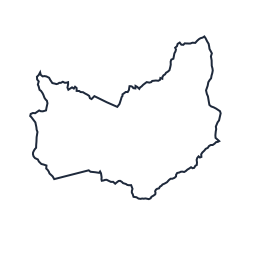 Presidente Kennedy, Tocantins, Brazil (Natural Earth projection), rotated 347°
{"feature_id": "56859067B50751334573389", "entity_name": "Presidente Kennedy", "entity_type": "district", "adm_level": 2, "iso_a3": "BRA", "parent_name": "Brazil", "parent_adm1": "Tocantins", "projection": "natural_earth1", "projection_center": [-48.462, -8.464], "detail": "fine", "context": "isolated", "style": "outline", "palette": "slate", "viewbox_px": 256, "rotation_deg": 347, "n_neighbors": 0, "source": "geoboundaries", "source_scale": "gbopen_adm2", "svg_char_len": 3205}
<svg xmlns="http://www.w3.org/2000/svg" viewBox="0 0 256 256"><g transform="rotate(347 128 128)"><path d="M46.7,92.0L45.4,90.9L40.9,92.7L38.7,92.0L36.4,92.4L35.4,94.3L36.4,95.9L37.9,99.3L39.0,101.7L38.9,106.6L38.6,109.1L38.9,111.5L36.9,116.4L35.7,120.8L34.7,123.9L34.0,126.6L32.8,127.4L31.5,128.6L30.0,130.5L29.5,132.1L29.6,134.4L30.6,136.4L33.1,138.4L33.6,140.6L35.5,143.6L37.5,144.6L40.1,146.2L39.2,149.1L40.3,150.8L41.0,152.7L41.3,154.7L42.7,156.7L43.7,158.2L44.6,161.2L80.2,160.4L81.6,162.2L84.3,163.1L86.3,163.8L89.8,165.2L91.0,164.1L91.5,166.1L91.2,170.1L90.6,171.9L90.6,173.5L92.4,173.6L94.1,173.4L95.6,173.7L97.5,175.3L99.3,176.7L101.4,177.1L103.0,179.4L104.5,178.6L106.9,177.5L108.4,177.7L109.8,179.0L110.8,180.6L113.4,182.1L114.5,183.3L115.8,183.9L118.2,184.4L118.7,188.3L117.6,190.2L117.2,191.9L117.7,193.5L117.9,196.3L120.7,197.4L122.3,199.1L124.4,199.9L125.9,199.9L127.3,200.4L129.3,200.6L132.3,202.0L134.2,201.6L135.4,200.3L137.4,199.7L139.6,198.8L140.2,197.4L140.2,195.7L141.3,194.4L142.7,193.8L144.6,193.8L146.0,192.3L147.6,191.8L148.9,190.8L151.1,190.4L153.8,189.6L156.2,187.9L158.1,187.0L159.8,187.4L162.1,187.0L163.9,186.0L164.4,184.3L165.8,182.9L168.0,182.9L169.7,182.5L171.4,182.8L172.8,183.5L174.5,183.0L176.5,181.9L178.7,181.2L180.6,180.4L181.8,181.7L183.5,181.7L185.2,179.9L186.7,179.5L187.5,177.0L187.7,174.5L188.8,172.7L190.4,171.5L191.4,172.9L193.0,172.7L193.4,170.1L194.9,168.6L197.3,167.2L199.0,165.8L201.3,165.3L202.7,163.9L204.7,163.2L206.7,163.6L208.9,162.7L210.6,161.6L212.5,161.7L213.9,161.3L211.1,157.3L211.5,154.8L212.7,151.2L213.7,148.9L213.9,146.4L216.6,142.6L218.4,141.1L219.9,138.0L221.6,134.5L221.4,132.3L218.3,129.0L216.1,127.1L213.9,125.7L212.5,123.8L212.7,120.0L213.0,115.2L212.5,112.5L212.5,108.9L215.1,104.8L216.6,101.4L218.4,99.6L220.1,98.3L221.2,95.7L222.4,93.6L223.5,91.1L223.7,88.9L223.6,86.2L224.7,80.9L224.9,76.9L226.5,74.1L225.2,69.3L225.4,67.0L225.5,64.1L224.6,61.4L223.8,58.0L223.0,56.0L221.1,56.7L218.9,56.8L217.1,57.4L215.1,58.5L212.7,60.2L210.0,59.4L207.6,59.7L204.8,59.0L202.3,58.3L200.6,59.4L198.7,58.8L197.6,56.4L195.3,57.2L194.1,59.3L192.0,60.4L192.4,62.3L191.5,64.0L190.0,65.7L187.8,70.7L185.6,71.1L184.5,72.9L183.9,75.9L182.9,78.1L181.4,81.0L179.4,82.1L177.5,82.7L176.1,84.1L174.5,84.6L173.1,85.9L172.5,87.7L170.8,86.6L170.1,88.2L168.2,88.8L165.8,88.0L162.2,87.6L160.9,88.5L159.1,88.6L156.5,87.5L152.5,89.3L150.5,90.6L148.9,91.2L147.8,92.4L146.3,90.1L144.8,88.7L144.1,91.1L142.2,90.4L141.6,88.9L140.4,88.0L138.9,87.6L138.2,89.2L137.5,91.1L135.8,92.9L133.9,92.4L131.9,93.3L130.2,94.0L129.8,95.6L128.7,96.5L127.8,98.2L125.1,102.7L122.3,105.0L113.2,98.2L102.4,89.4L99.0,91.6L97.6,90.4L97.4,88.0L95.9,86.4L93.9,84.7L92.2,83.0L89.9,82.3L88.8,81.0L86.3,80.3L86.9,77.5L85.7,75.9L84.1,77.4L82.6,75.8L78.5,77.3L78.1,75.0L79.5,71.9L79.9,69.9L77.9,70.0L76.4,69.6L74.9,68.3L72.7,68.9L71.2,68.5L69.6,69.1L68.1,69.1L66.7,68.3L64.4,67.2L63.1,63.8L62.4,61.3L60.1,59.4L58.2,58.6L56.4,58.5L54.9,56.5L54.9,54.0L52.8,56.4L50.8,57.6L50.4,60.3L51.5,62.5L49.9,65.5L50.3,67.2L50.4,70.9L51.6,72.3L52.6,74.9L53.0,76.7L53.4,79.8L54.2,81.8L55.1,83.2L55.1,85.8L53.1,90.0L52.1,92.4L50.6,92.5L48.8,92.6L46.7,92.0Z" fill="none" stroke="#1e293b" stroke-width="2"/></g></svg>